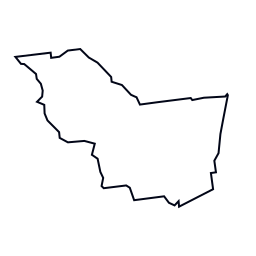 outline of Iberville, Louisiana, United States of America, rotated 353°
{"feature_id": "52423323B92446440923992", "entity_name": "Iberville", "entity_type": "district", "adm_level": 2, "iso_a3": "USA", "parent_name": "United States of America", "parent_adm1": "Louisiana", "projection": "robinson", "projection_center": [-91.395, 30.261], "detail": "fine", "context": "isolated", "style": "outline", "palette": "ink", "viewbox_px": 256, "rotation_deg": 353, "n_neighbors": 0, "source": "geoboundaries", "source_scale": "gbopen_adm2", "svg_char_len": 832}
<svg xmlns="http://www.w3.org/2000/svg" viewBox="0 0 256 256"><g transform="rotate(353 128 128)"><path d="M24.9,43.7L29.6,51.3L32.8,51.9L43.3,63.2L43.4,68.1L46.9,73.5L47.9,80.5L46.6,86.4L40.9,90.9L47.7,94.8L47.0,103.4L49.0,110.7L59.1,123.7L59.0,129.5L66.6,134.9L83.1,135.5L93.1,139.5L88.9,150.2L94.1,154.8L95.2,168.2L97.3,174.5L94.7,182.4L96.6,184.8L119.2,184.8L122.5,187.5L125.3,200.4L155.5,200.2L159.5,207.2L164.8,210.5L169.3,206.8L169.1,212.3L205.0,199.1L204.8,182.8L209.9,182.7L209.7,171.0L214.8,164.0L219.0,145.2L223.4,131.4L231.1,107.6L230.6,106.5L228.3,108.6L207.0,107.2L195.2,108.1L193.9,105.9L160.5,106.0L142.7,106.2L140.2,98.5L138.4,97.5L135.0,95.4L127.2,84.6L117.4,80.1L117.5,75.3L105.7,59.4L97.7,53.3L90.2,43.8L77.7,43.8L68.6,48.9L60.3,49.0L60.4,43.8L24.9,43.7Z" fill="none" stroke="#020617" stroke-width="2"/></g></svg>